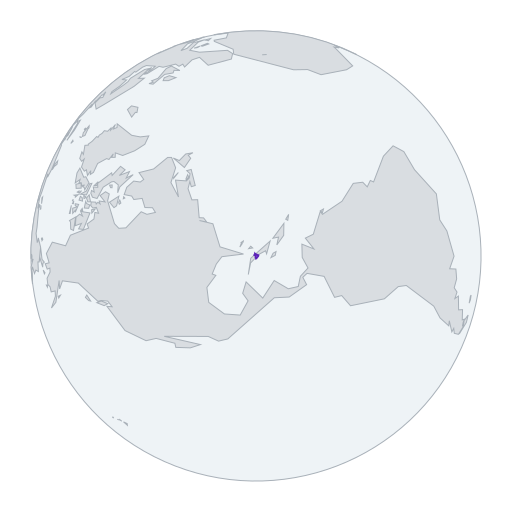 the Earth from above Sancti Spíritus, rotated 294°
{"feature_id": "CUB-1322", "entity_name": "Sancti Spíritus", "entity_type": "Province", "adm_level": 1, "iso_a3": "CUB", "parent_name": "Cuba", "parent_adm1": "", "projection": "orthographic", "projection_center": [-79.45, 22.111], "detail": "fine", "context": "on_globe", "style": "filled", "palette": "violet", "viewbox_px": 512, "rotation_deg": 294, "n_neighbors": 0, "source": "natural_earth", "source_scale": "10m", "svg_char_len": 10155}
<svg xmlns="http://www.w3.org/2000/svg" viewBox="0 0 512 512"><g transform="rotate(294 256 256)"><circle cx="256" cy="256" r="225" fill="#eef3f6" stroke="#a8b0b8"/><path d="M260.9,309.7L255.6,307.4L250.4,313.9L232.0,303.0L225.3,289.7L168.8,264.0L163.0,256.4L163.1,245.1L145.3,204.8L152.5,241.3L145.4,233.4L139.9,219.9L143.3,217.4L140.1,198.3L133.9,190.0L134.6,166.7L149.4,140.3L151.1,145.2L154.5,138.9L152.4,132.6L150.3,130.0L159.0,104.7L154.6,89.3L146.0,90.0L153.6,86.1L132.3,92.0L125.3,90.3L137.7,89.1L142.4,86.7L139.9,83.5L144.1,80.4L145.4,77.3L150.7,74.2L157.6,74.4L161.1,72.6L159.1,70.6L163.2,66.6L165.6,69.8L173.0,63.5L185.8,64.3L187.9,77.9L199.5,78.0L213.4,91.7L216.6,88.7L223.9,92.9L230.3,91.1L231.0,94.8L235.5,90.4L233.5,87.4L234.8,84.6L238.4,83.5L240.0,87.7L238.5,88.9L240.8,89.7L240.1,92.4L242.5,90.4L244.0,96.1L247.8,89.0L253.5,92.4L253.0,96.7L246.1,98.0L228.0,113.5L225.5,119.4L228.8,125.7L249.7,133.1L249.7,139.4L254.9,146.4L258.0,141.8L255.1,134.8L262.3,128.6L257.9,121.4L260.2,118.1L258.5,110.6L266.2,110.0L274.7,113.8L276.5,120.2L280.3,122.3L284.6,115.2L293.9,127.1L310.1,135.2L311.7,138.8L303.9,146.7L288.5,148.4L278.4,161.2L292.6,151.6L296.3,161.9L300.1,163.3L304.3,162.3L305.8,158.0L308.7,161.6L295.7,171.8L293.0,168.7L297.1,165.3L289.9,166.5L281.2,174.6L283.7,179.8L267.9,188.5L269.5,192.6L267.0,197.2L265.4,189.9L267.9,203.5L249.7,219.4L252.7,243.8L241.5,225.1L232.5,223.0L221.7,223.3L222.0,227.2L207.3,223.9L194.4,231.7L190.2,250.7L195.6,265.6L211.8,267.0L216.5,259.0L228.3,257.5L220.3,279.3L241.0,282.6L239.2,298.8L245.3,307.0L255.5,304.8L266.2,308.4L273.5,298.8L285.5,293.1L286.0,306.1L292.4,293.8L299.2,299.5L322.8,296.6L321.1,299.8L341.0,312.3L361.9,315.3L366.8,323.5L364.4,329.5L371.5,329.7L371.5,333.3L399.0,331.8L412.4,336.4L411.5,348.6L399.3,365.7L386.1,395.5L363.7,409.2L356.5,420.2L336.4,437.0L323.1,438.1L325.4,443.9L316.7,448.6L307.6,450.0L304.8,454.3L298.0,455.0L301.7,457.2L289.2,463.0L291.0,466.5L281.5,470.4L283.0,472.0L279.9,472.2L276.3,473.0L275.5,474.0L266.8,472.8L266.0,468.6L270.3,466.1L266.3,465.8L275.5,458.9L270.6,460.5L274.3,449.3L282.5,438.8L290.2,405.3L285.9,398.4L269.1,390.7L249.0,362.6L254.7,350.4L250.2,344.6L265.1,326.5L260.9,309.7ZM49.0,207.4L50.6,202.4L50.5,206.5L49.0,207.4ZM51.0,198.7L50.5,200.6L50.8,198.9L51.0,198.7ZM50.7,197.2L50.9,198.3L50.5,197.5L50.7,197.2ZM50.2,195.7L50.6,196.3L50.2,195.7ZM251.8,252.1L275.4,262.8L262.3,264.8L264.7,262.6L258.7,258.0L247.5,253.9L235.9,256.5L251.8,252.1ZM50.1,191.9L50.2,190.8L50.7,190.8L50.1,191.9ZM261.7,238.4L257.6,237.6L261.6,237.4L261.7,238.4ZM148.6,129.6L151.9,132.9L152.2,140.0L148.9,137.5L148.6,129.6ZM148.8,117.0L151.5,117.3L147.6,123.3L147.2,121.3L148.8,117.0ZM138.8,91.7L140.7,93.3L137.4,92.9L138.8,91.7ZM144.6,77.5L142.7,78.1L144.2,76.3L144.6,77.5ZM254.3,111.5L256.3,111.0L255.6,112.6L254.3,111.5ZM251.7,108.8L249.4,111.0L247.7,110.0L249.2,108.7L251.7,108.8ZM153.6,70.0L156.6,67.3L154.8,70.1L153.6,70.0ZM254.9,106.4L245.2,108.2L242.4,106.6L245.6,100.3L254.9,106.4ZM159.0,65.7L166.0,59.7L162.3,60.3L176.5,55.6L165.9,61.9L164.3,65.1L162.5,64.3L159.0,65.7ZM231.4,87.0L233.6,90.0L228.4,88.6L231.4,87.0ZM227.8,86.8L210.1,87.5L208.6,82.9L214.8,83.3L210.2,78.6L218.2,75.8L222.5,77.9L221.9,81.3L225.4,77.7L227.8,86.8ZM183.2,54.3L185.9,53.2L184.4,54.5L183.2,54.3ZM235.0,83.4L231.5,83.7L230.0,79.6L236.6,78.2L235.0,79.9L235.0,83.4ZM205.1,78.9L205.2,75.8L211.6,72.7L212.5,71.2L218.3,75.4L205.1,78.9ZM237.1,80.3L240.0,77.6L244.0,78.7L238.2,82.8L237.1,80.3ZM226.8,79.3L226.4,77.3L228.8,77.9L226.8,79.3ZM259.7,81.6L255.6,81.7L254.5,79.5L259.7,81.6ZM240.8,76.6L239.4,76.3L238.5,75.5L241.2,74.1L240.8,76.6ZM222.4,73.1L225.1,72.6L220.4,71.2L225.1,69.1L228.1,72.5L228.7,70.2L230.2,69.6L231.0,73.0L222.4,73.1ZM241.1,70.5L246.5,74.6L254.4,74.7L255.6,76.5L242.8,76.2L241.1,70.5ZM235.1,71.6L239.1,71.3L238.6,73.5L235.6,75.2L235.1,71.6ZM227.2,66.7L219.2,68.9L218.9,68.2L227.2,66.7ZM243.5,70.0L242.1,69.1L244.1,69.7L243.5,70.0ZM232.3,67.1L229.5,67.9L229.2,67.0L232.3,67.1ZM241.7,66.7L243.5,67.9L241.5,68.9L241.7,66.7ZM237.5,66.5L237.6,65.1L239.7,68.6L236.3,67.0L237.5,66.5ZM232.4,66.1L231.3,65.8L233.6,65.9L232.4,66.1ZM248.3,62.3L251.4,66.5L246.9,68.7L244.6,64.2L248.3,62.3ZM280.9,475.2L267.4,473.4L275.2,474.2L281.7,472.4L288.4,473.8L280.9,475.2ZM299.6,469.9L306.5,468.2L307.8,468.4L303.3,469.7L299.6,469.9ZM428.2,110.8L428.7,111.4L423.5,105.7L413.8,95.2L428.2,110.8ZM396.1,79.6L397.8,81.0L398.2,81.3L403.7,85.9L403.9,86.1L403.0,85.3L400.1,82.9L401.3,84.3L414.5,96.4L417.3,98.9L424.1,107.6L429.4,112.8L433.4,118.0L425.9,111.2L422.1,107.2L413.1,103.9L417.7,108.6L426.5,112.4L426.4,113.5L432.7,121.1L427.8,116.2L417.0,111.8L419.2,121.5L432.3,146.3L431.4,152.3L425.9,153.4L410.8,134.7L414.5,123.6L409.2,117.8L399.6,113.9L401.5,111.1L398.0,108.5L398.6,104.5L390.6,94.3L389.8,90.3L378.3,82.4L376.3,79.5L383.7,84.8L388.4,86.8L385.4,78.4L382.4,75.6L375.1,71.4L375.2,70.1L368.5,67.1L362.7,61.7L364.2,66.2L355.7,62.4L347.6,57.5L345.1,57.4L358.3,65.5L363.3,68.2L367.2,69.0L381.1,78.4L383.9,82.3L370.4,76.4L373.0,81.6L361.4,75.6L332.8,55.7L325.2,50.2L330.4,46.7L337.0,49.2L338.5,51.5L344.9,52.0L340.7,50.6L340.7,49.9L332.6,46.9L332.3,46.3L325.1,44.9L323.8,43.8L328.4,44.7L315.3,40.4L310.3,38.3L307.5,37.7L305.9,37.7L300.6,35.5L298.8,35.3L299.8,35.8L296.8,35.7L289.5,35.1L288.0,34.3L290.5,34.5L293.5,34.1L300.2,35.2L298.9,34.9L292.7,33.8L289.0,34.2L285.0,34.1L285.8,33.5L285.2,33.7L282.8,33.4L279.0,32.7L277.7,33.3L252.8,34.1L243.1,33.5L246.6,32.4L227.6,34.3L218.1,34.9L219.1,35.2L210.7,37.3L213.5,37.0L213.4,37.4L193.1,44.3L187.2,45.9L179.6,50.5L180.1,50.9L184.0,49.8L176.5,55.6L162.3,60.3L161.9,59.2L153.3,63.5L153.6,60.6L149.9,60.8L155.2,56.2L151.8,57.2L148.8,58.9L142.0,62.1L139.5,63.2L146.9,58.9L154.4,55.0L162.7,53.6L160.5,53.1L164.9,51.3L166.5,50.1L164.6,50.4L161.9,51.6L171.8,47.1L186.7,41.7L201.9,37.3L217.4,34.1L233.1,31.9L248.9,30.8L264.7,30.9L280.5,32.1L296.1,34.3L311.6,37.7L326.8,42.1L341.6,47.6L356.1,54.2L370.0,61.7L383.3,70.2L396.1,79.6ZM481.0,266.2L481.1,262.6L480.9,245.9L480.4,241.7L479.9,247.3L478.6,242.3L477.8,244.8L469.0,267.0L463.0,263.0L448.1,241.7L447.3,227.3L441.4,214.6L431.3,153.6L435.6,151.0L435.1,130.6L436.1,130.0L443.2,140.2L448.4,139.9L441.8,129.2L441.0,127.4L449.8,141.2L457.6,155.5L464.4,170.4L470.0,185.7L474.6,201.4L478.0,217.4L480.2,233.6L481.2,249.9L481.0,266.2ZM442.3,179.8L444.4,183.8L442.3,179.8ZM323.5,296.4L326.4,298.5L322.7,299.1L323.5,296.4ZM260.6,270.3L265.5,270.5L268.2,272.5L264.4,273.3L260.6,270.3ZM301.7,268.2L307.3,268.9L301.5,270.5L301.7,268.2ZM279.1,264.2L297.2,268.2L286.1,272.9L274.6,270.5L282.4,268.9L279.1,264.2ZM259.7,246.3L262.8,247.2L262.0,249.7L259.7,246.3ZM264.6,238.3L263.4,238.6L261.8,236.6L264.6,238.3ZM297.0,161.3L298.1,160.6L302.5,160.5L300.7,162.4L297.0,161.3ZM320.6,150.3L324.7,156.4L320.5,153.1L318.7,156.6L307.7,154.6L311.9,140.6L312.0,147.1L320.6,150.3ZM294.2,148.8L300.7,151.1L293.4,149.2L294.2,148.8ZM378.4,99.8L381.5,99.7L385.5,103.5L386.4,110.3L380.6,104.7L378.4,99.8ZM384.8,98.8L371.1,92.1L370.0,88.1L373.0,91.4L373.6,89.4L378.5,94.2L390.8,97.8L395.1,101.5L394.5,111.0L392.3,105.6L389.5,105.8L384.8,98.8ZM338.2,87.4L332.3,85.9L337.5,79.0L342.5,81.2L343.8,87.7L338.6,88.9L338.2,87.4ZM262.4,95.7L259.8,96.7L259.3,95.4L261.2,93.4L262.4,95.7ZM257.9,81.8L273.3,90.3L271.1,91.8L282.8,95.8L281.5,101.4L274.0,98.4L281.7,106.1L274.4,105.7L280.4,110.7L263.8,103.5L257.5,103.9L265.0,101.2L266.3,96.0L265.0,93.9L256.7,88.4L243.9,87.4L243.2,82.7L246.1,79.6L249.0,79.1L248.6,82.2L252.8,79.3L254.4,83.5L257.9,81.8ZM280.3,54.6L278.6,57.0L287.5,54.7L289.1,57.7L290.0,57.3L294.0,59.6L300.4,61.9L300.1,63.4L302.7,63.7L305.4,65.5L308.8,66.5L309.6,69.7L313.9,71.4L311.8,72.0L319.0,74.1L314.0,74.1L316.9,76.8L320.3,75.4L315.7,93.3L317.7,101.8L322.1,109.2L312.8,109.0L302.7,102.3L293.6,93.3L293.0,85.5L288.9,87.2L287.4,84.1L291.3,84.1L284.4,82.4L284.2,79.9L276.1,73.7L266.3,73.5L263.1,71.5L266.8,70.4L261.0,69.3L265.8,66.0L263.7,64.7L266.3,60.4L274.7,59.6L271.6,58.2L273.4,55.3L280.3,54.6ZM249.3,61.1L259.1,58.7L264.7,59.4L257.9,66.6L259.2,68.3L255.0,73.6L246.8,72.6L248.8,71.1L248.8,69.5L251.3,70.4L249.3,68.5L251.9,66.5L251.0,64.5L254.4,64.2L249.3,61.1ZM433.1,124.8L433.2,123.7L432.3,121.1L436.2,126.1L433.1,124.8ZM426.0,121.9L425.4,120.0L430.6,125.2L430.5,126.6L426.0,121.9ZM420.7,114.9L425.0,119.5L422.6,117.8L420.7,114.9ZM382.7,83.1L381.5,81.2L383.2,82.0L385.8,84.1L382.7,83.1ZM307.1,50.6L305.1,51.3L303.7,50.8L296.5,50.7L294.7,48.8L298.4,48.1L307.1,50.6ZM434.1,118.5L433.7,117.6L435.2,119.9L434.1,118.5ZM303.9,48.5L301.1,48.6L302.0,47.6L303.9,48.5ZM293.0,47.4L293.2,46.2L293.6,48.6L293.0,47.4ZM284.7,36.2L296.8,38.0L304.4,39.0L306.7,38.5L308.6,40.3L297.0,38.9L284.7,36.2ZM256.9,34.2L254.9,35.2L252.3,34.8L252.4,34.5L256.9,34.2ZM258.1,34.8L262.2,36.2L258.8,36.9L256.3,35.6L258.1,34.8ZM283.5,41.0L287.2,41.6L286.4,42.3L283.5,41.0ZM184.6,52.9L185.8,53.1L183.3,53.8L184.6,52.9ZM215.2,37.2L214.5,37.9L211.6,38.3L215.2,37.2ZM211.1,40.0L214.8,39.0L211.5,40.3L211.1,40.0ZM223.1,37.1L216.6,38.8L222.0,36.8L223.1,37.1Z" fill="#d9dde1" stroke="#a8b0b8" stroke-width="1"/><path d="M256.1,254.6L256.4,254.8L256.5,254.9L256.8,255.0L256.8,254.9L257.0,255.0L257.1,254.9L257.3,254.9L257.5,254.9L257.9,254.9L257.9,255.0L257.7,255.4L257.6,255.5L257.5,255.9L257.5,256.0L257.8,256.3L257.7,256.5L257.5,256.8L257.4,256.8L257.3,257.0L257.2,257.4L257.3,257.5L257.2,257.8L257.3,257.8L257.5,257.8L257.5,257.7L257.8,257.7L257.8,257.8L257.8,258.0L257.7,258.0L257.4,258.1L257.2,258.2L256.9,258.2L256.7,258.2L256.4,258.1L256.1,258.0L255.9,258.0L255.8,257.9L255.7,257.9L255.4,257.8L255.4,257.7L255.0,257.6L254.8,257.6L254.7,257.6L254.4,257.6L254.4,257.4L254.2,257.4L253.9,257.4L254.0,257.5L253.9,257.5L253.8,257.4L253.8,257.2L253.7,257.2L253.6,256.9L253.8,256.8L253.9,256.7L254.0,256.6L254.3,256.4L254.6,256.4L254.6,256.5L254.8,256.5L254.8,256.4L255.0,256.2L254.9,256.0L254.8,255.8L254.8,255.7L255.0,255.7L255.0,255.8L255.3,255.8L255.5,255.8L255.8,255.8L255.8,255.7L256.0,255.5L256.3,255.5L256.3,255.4L256.2,255.1L256.1,254.9L256.1,254.7L256.1,254.6ZM257.7,253.9L257.4,253.8L257.7,253.8L257.8,253.8L257.7,253.9ZM256.8,253.9L257.0,253.9L256.9,253.9L256.9,254.0L256.8,253.9L256.8,253.9Z" fill="#8b5cf6" stroke="#5b21b6" stroke-width="1.5"/></g></svg>